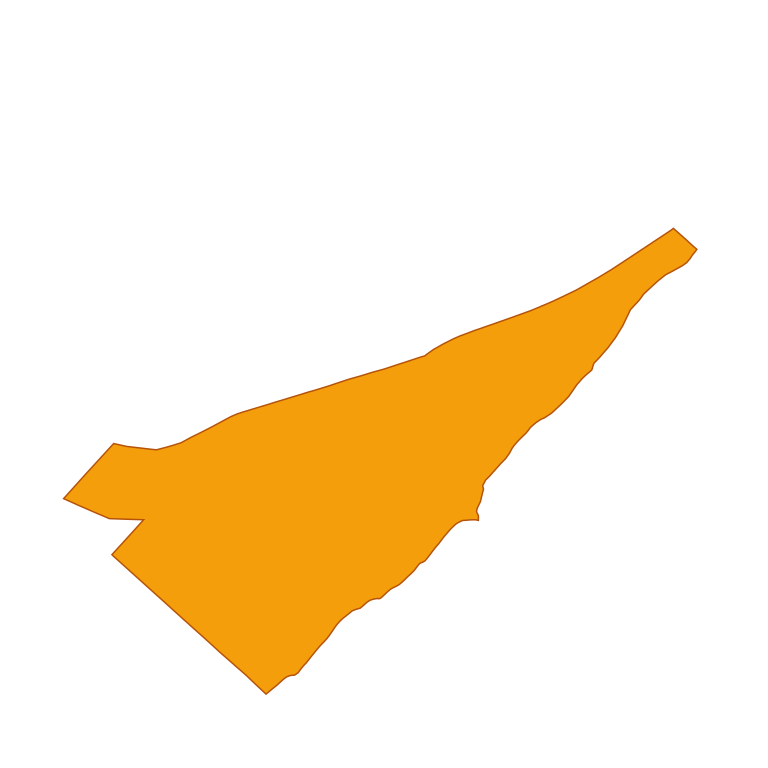 the district of Cottesloe, Western Australia, Australia, rotated 222°
{"feature_id": "25037944B28116798937362", "entity_name": "Cottesloe", "entity_type": "district", "adm_level": 2, "iso_a3": "AUS", "parent_name": "Australia", "parent_adm1": "Western Australia", "projection": "natural_earth1", "projection_center": [115.756, -31.999], "detail": "fine", "context": "isolated", "style": "filled", "palette": "amber", "viewbox_px": 768, "rotation_deg": 222, "n_neighbors": 0, "source": "geoboundaries", "source_scale": "gbopen_adm2", "svg_char_len": 3058}
<svg xmlns="http://www.w3.org/2000/svg" viewBox="0 0 768 768"><g transform="rotate(222 384 384)"><path d="M472.0,75.1L469.3,75.0L438.2,75.0L435.6,75.0L431.0,75.0L417.8,75.0L400.5,75.0L373.1,74.9L370.4,75.0L369.6,75.0L365.4,74.9L349.1,75.0L332.0,74.9L327.1,74.8L314.0,75.0L303.7,75.1L290.6,75.3L286.4,75.1L284.9,75.1L283.3,75.0L264.2,74.6L262.9,83.3L262.1,88.1L261.2,97.1L260.4,101.2L258.5,104.8L255.6,107.9L254.6,112.1L255.1,116.5L255.3,121.0L255.2,125.4L255.8,134.1L256.2,142.6L256.3,147.1L256.1,151.7L256.1,156.1L256.1,157.2L256.4,160.6L256.9,164.7L257.5,168.8L258.0,172.9L258.1,177.6L257.8,181.9L256.4,190.2L255.8,194.2L254.0,197.9L251.7,201.4L251.1,205.8L250.7,210.0L249.7,214.0L247.5,217.6L244.9,220.7L244.4,220.7L243.6,221.7L243.2,222.8L242.8,225.8L242.8,226.5L242.6,228.6L242.5,230.6L241.9,235.5L241.3,237.6L239.5,242.1L238.5,245.2L238.0,248.5L237.7,252.1L237.5,256.4L237.0,261.2L236.8,265.4L237.1,269.5L237.4,272.8L237.4,273.2L237.2,275.2L236.0,277.5L235.2,280.1L235.3,283.2L235.6,287.5L236.1,292.9L236.4,297.0L236.5,302.1L236.8,305.9L237.2,310.0L237.2,310.5L237.4,317.5L237.4,320.9L237.2,324.4L236.9,327.8L236.4,329.9L235.6,332.0L234.9,333.7L234.3,335.1L228.4,341.3L225.3,344.2L222.6,345.8L225.4,349.0L227.0,349.9L228.6,350.4L230.2,351.5L230.9,352.9L231.7,354.4L232.8,358.2L233.7,361.2L235.1,363.8L235.9,365.2L238.1,369.3L239.7,372.5L242.6,374.4L244.2,380.6L244.1,382.2L243.9,386.3L244.0,402.5L243.7,410.1L244.5,416.9L245.8,422.0L246.2,425.7L246.3,430.9L246.1,435.1L245.9,438.2L245.6,442.8L245.8,446.7L246.1,449.2L246.0,450.9L245.6,454.3L245.2,457.0L244.3,460.7L243.6,463.1L242.3,465.8L241.4,469.0L240.6,472.0L239.9,475.0L239.4,480.9L238.9,486.6L238.6,492.4L238.4,498.4L239.1,504.0L240.2,512.1L240.3,517.6L240.3,521.4L239.8,527.2L239.2,531.4L239.0,533.4L239.7,535.2L240.1,535.9L241.1,537.9L241.9,540.2L241.7,544.0L241.6,549.6L241.8,555.8L241.8,560.4L243.0,573.2L245.5,586.8L247.5,593.7L250.3,603.2L250.6,604.1L250.4,617.1L251.2,624.8L250.3,634.9L249.4,644.0L247.8,653.7L245.5,659.8L241.4,671.7L240.3,676.6L240.4,681.7L241.1,686.3L241.3,691.1L241.6,693.4L248.5,693.3L255.0,693.4L273.1,693.3L273.6,690.4L283.2,653.2L288.3,633.5L291.8,620.3L295.4,608.4L295.9,606.7L299.7,595.4L302.0,588.3L303.9,582.6L305.7,578.2L310.4,566.8L313.4,559.6L313.8,558.6L317.5,550.6L323.1,538.7L324.0,536.8L324.7,535.5L336.4,513.7L344.5,498.9L352.7,484.0L358.9,472.0L359.6,470.7L363.0,463.2L363.3,462.3L366.3,454.6L366.8,453.3L370.3,442.8L371.0,439.7L372.2,434.3L372.5,432.1L374.2,429.6L374.3,429.4L384.9,410.9L386.6,408.0L393.9,395.2L400.3,385.2L407.0,374.0L408.2,372.1L413.2,364.2L421.9,348.9L423.3,346.3L433.0,330.2L434.4,328.1L439.5,319.5L454.3,295.0L455.4,293.0L462.4,281.5L467.1,273.7L470.8,267.6L473.2,263.3L476.0,257.2L483.2,237.1L484.1,234.7L488.8,222.5L491.7,215.3L495.5,204.5L500.4,196.2L504.6,189.6L509.0,182.9L511.3,181.2L513.8,179.4L533.5,165.4L545.0,158.9L545.1,153.3L545.4,118.8L545.4,84.4L528.7,89.8L511.3,95.6L505.6,97.6L498.0,100.2L495.0,102.7L483.1,112.7L471.8,122.3L471.8,107.5L472.0,75.1Z" fill="#f59e0b" stroke="#b45309" stroke-width="1.5"/></g></svg>